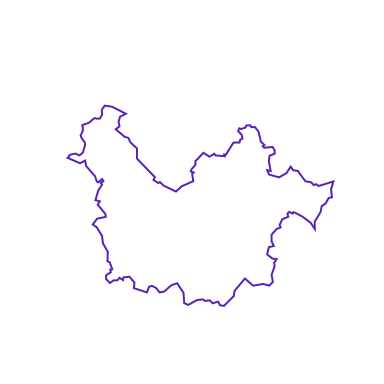 Kumanovo, Staro Nagoričane, North Macedonia (Equal Earth projection), rotated 324°
{"feature_id": "65306769B55307449205038", "entity_name": "Kumanovo", "entity_type": "district", "adm_level": 2, "iso_a3": "MKD", "parent_name": "North Macedonia", "parent_adm1": "Staro Nagoričane", "projection": "equal_earth", "projection_center": [21.797, 42.114], "detail": "fine", "context": "isolated", "style": "outline", "palette": "violet", "viewbox_px": 384, "rotation_deg": 324, "n_neighbors": 0, "source": "geoboundaries", "source_scale": "gbopen_adm2", "svg_char_len": 2523}
<svg xmlns="http://www.w3.org/2000/svg" viewBox="0 0 384 384"><g transform="rotate(324 192 192)"><path d="M312.6,266.6L298.0,261.6L296.9,258.6L294.5,257.8L294.1,254.2L290.0,249.9L290.0,237.2L286.6,233.8L286.7,229.5L279.4,232.3L271.0,231.3L264.6,223.2L265.7,218.6L268.0,221.2L272.3,212.2L276.1,208.2L281.4,209.6L283.2,207.2L283.7,202.9L276.4,198.7L276.2,196.6L278.2,196.6L277.3,191.8L281.3,182.3L281.1,176.6L278.1,174.3L278.4,172.4L275.3,170.2L272.8,171.2L268.8,169.9L267.6,168.2L265.1,169.9L265.8,174.9L264.2,178.5L261.8,178.0L259.5,179.9L254.6,176.4L241.4,181.7L240.1,180.6L239.5,182.3L232.5,176.2L232.5,174.1L226.9,173.7L224.3,167.0L212.8,169.1L210.5,172.2L205.2,173.2L203.1,174.7L204.8,177.2L202.8,177.4L199.4,184.0L187.0,181.3L179.3,182.2L172.7,170.0L171.9,165.0L170.0,165.0L167.9,159.6L170.7,158.2L167.1,132.6L173.1,124.4L171.4,115.7L172.3,110.7L170.0,108.0L167.2,96.4L171.9,96.3L173.7,92.3L178.0,88.8L184.5,89.8L177.3,75.8L172.0,70.8L170.7,71.5L169.1,71.7L167.1,72.8L166.5,73.7L165.4,75.7L164.7,76.6L163.0,77.4L160.6,78.4L159.8,78.0L158.8,77.2L157.7,76.3L157.3,75.5L156.6,75.1L155.9,74.9L153.2,75.0L152.7,75.1L149.6,75.5L145.4,74.2L142.5,73.4L141.5,75.9L139.3,78.6L135.1,80.8L134.6,82.3L134.3,86.0L134.5,88.8L133.3,90.7L132.5,91.6L131.6,92.3L127.1,95.8L124.7,96.3L122.1,96.0L120.6,92.7L118.9,91.8L115.9,90.4L114.3,90.3L113.7,90.9L111.4,91.2L118.3,102.9L124.0,103.7L121.6,108.8L122.8,122.3L121.2,127.4L121.7,129.0L126.9,128.7L126.7,131.2L123.6,131.1L123.6,133.2L117.2,135.6L109.1,141.8L111.9,145.3L108.3,146.8L109.0,159.0L107.5,161.4L99.6,157.8L92.6,160.0L94.2,164.6L93.4,174.6L89.7,181.4L88.8,190.8L82.9,198.3L84.1,200.5L82.1,207.6L80.1,206.8L79.2,209.1L73.6,208.9L71.4,211.8L72.1,217.4L76.2,217.3L80.0,219.6L82.9,218.7L84.4,222.7L86.4,220.8L91.6,223.8L92.2,231.4L88.5,235.7L96.5,246.7L101.6,243.4L104.5,244.5L106.7,249.0L106.7,254.1L110.8,256.2L120.6,255.3L126.4,257.1L125.9,268.5L120.4,277.3L122.5,281.1L132.7,282.4L137.6,285.2L138.5,287.7L142.7,290.1L143.3,294.2L148.6,296.0L148.1,300.1L150.9,302.9L164.7,300.7L168.2,297.1L183.9,293.1L186.4,303.7L195.6,308.3L199.5,313.2L204.6,312.3L207.7,305.8L215.3,300.5L216.9,297.4L221.0,296.1L217.9,293.1L216.1,286.6L221.8,281.8L226.4,283.8L227.4,278.7L231.2,273.4L238.7,271.6L242.8,272.8L243.6,270.1L249.0,267.1L255.3,268.6L256.6,265.5L258.9,265.2L260.7,268.6L262.1,267.9L263.3,269.5L266.9,276.9L269.9,286.6L269.6,294.1L273.8,288.2L284.2,283.8L288.6,279.7L293.4,279.8L299.0,277.2L302.1,278.5L306.1,271.6L312.6,266.6Z" fill="none" stroke="#5b21b6" stroke-width="2"/></g></svg>